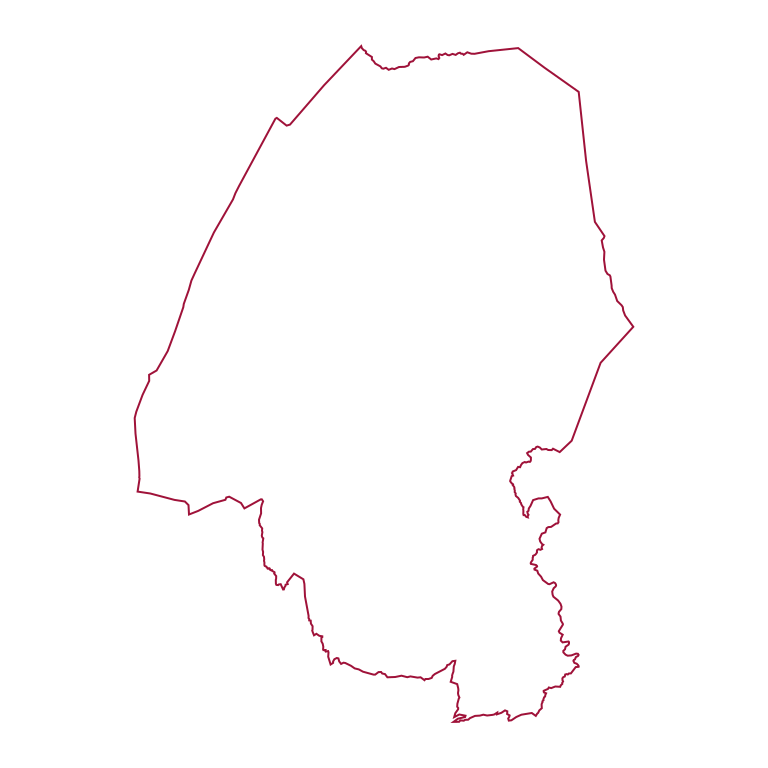 Nannestad nor, Akershus, Norway (orthographic projection)
{"feature_id": "86288312B57848423677588", "entity_name": "Nannestad nor", "entity_type": "district", "adm_level": 2, "iso_a3": "NOR", "parent_name": "Norway", "parent_adm1": "Akershus", "projection": "orthographic", "projection_center": [11.013, 60.226], "detail": "fine", "context": "isolated", "style": "outline", "palette": "rose", "viewbox_px": 768, "rotation_deg": 0, "n_neighbors": 0, "source": "geoboundaries", "source_scale": "gbopen_adm2", "svg_char_len": 6073}
<svg xmlns="http://www.w3.org/2000/svg" viewBox="0 0 768 768"><path d="M567.8,674.5L568.8,673.5L570.9,673.4L575.7,667.1L578.6,666.8L578.7,666.2L578.1,665.1L576.7,663.7L574.4,662.9L573.4,660.9L573.8,660.0L574.9,659.4L575.9,657.1L578.1,655.9L578.6,654.9L577.9,653.8L576.1,653.6L571.4,655.4L567.7,655.7L565.6,654.7L563.4,652.4L563.3,650.9L565.0,649.3L565.6,646.7L568.5,644.7L569.0,643.5L569.0,642.1L568.5,641.5L562.6,642.4L560.8,640.6L561.0,638.3L562.7,634.7L559.5,632.7L558.8,631.2L562.9,624.6L562.8,623.7L560.9,620.5L560.5,616.6L558.6,614.0L558.6,613.3L559.0,611.8L561.3,609.1L561.5,606.7L560.5,603.8L558.1,600.5L553.4,596.7L552.6,594.7L552.2,591.5L553.7,588.2L555.7,586.4L556.1,585.4L555.9,584.4L555.1,583.1L553.6,582.3L549.5,584.2L548.2,584.0L542.9,580.1L541.1,576.7L538.2,573.5L537.3,570.7L534.5,569.6L534.4,568.6L536.8,566.8L537.1,566.5L536.9,565.8L536.0,565.0L530.9,563.9L530.7,563.3L530.9,562.4L532.7,559.8L532.7,557.5L533.0,557.1L533.1,555.8L535.2,554.8L536.1,553.8L537.0,552.4L536.9,550.8L537.3,549.9L538.6,549.2L540.4,549.8L542.1,549.0L541.6,547.7L542.0,546.0L543.3,544.8L542.1,544.1L540.2,541.5L539.5,538.8L541.8,533.7L545.4,532.4L546.7,528.1L548.3,527.1L551.1,526.9L556.1,523.5L557.7,523.4L558.5,522.2L558.3,520.2L558.7,517.8L560.1,514.6L554.1,508.7L550.6,501.4L547.8,496.9L541.8,498.4L538.5,498.4L533.1,500.1L530.5,505.9L528.8,508.5L528.5,510.8L527.3,511.8L527.8,513.9L528.5,514.8L527.5,516.8L527.7,517.3L526.3,516.9L524.7,515.0L523.6,515.1L523.3,514.0L523.4,510.7L523.2,509.3L523.5,507.2L522.9,506.9L521.3,504.4L521.0,503.0L519.8,501.7L520.0,500.7L518.2,497.9L515.9,496.0L515.5,494.5L515.7,493.4L514.7,492.1L514.8,490.5L514.3,488.8L514.5,488.3L514.2,487.0L512.7,485.0L513.1,484.5L512.8,484.0L511.6,483.2L510.2,481.3L510.2,480.7L511.7,476.1L513.1,475.6L512.1,473.3L512.4,473.2L512.3,472.7L512.7,471.5L516.1,470.1L518.1,466.9L520.1,467.2L520.9,465.2L522.4,463.1L524.8,462.0L526.0,462.5L528.6,461.6L529.9,461.9L530.5,461.3L530.9,460.1L530.9,457.5L528.1,455.0L527.1,453.1L528.9,451.7L530.8,451.6L532.9,449.1L535.0,448.9L536.3,447.0L537.7,446.6L539.8,447.5L541.8,449.5L546.4,449.0L548.2,450.0L551.7,450.1L553.0,448.7L559.7,452.1L571.7,440.7L600.6,362.8L633.3,326.8L625.1,315.5L623.2,310.5L622.8,307.1L621.6,305.3L617.2,301.0L615.0,294.6L613.2,291.8L611.7,288.1L611.6,285.4L610.4,276.5L609.8,275.3L607.5,274.0L605.5,270.7L604.0,259.7L604.4,251.8L603.0,247.4L601.7,240.4L603.8,238.0L604.5,236.1L594.9,221.9L586.1,160.9L578.7,91.9L544.5,67.7L518.2,48.1L488.6,51.2L474.6,53.8L471.3,53.7L467.3,52.3L463.7,54.8L462.7,53.8L461.0,53.7L459.9,52.7L457.9,53.3L455.7,54.9L452.5,53.9L449.2,55.3L447.6,55.0L445.4,53.5L442.1,55.1L439.5,54.3L438.9,54.6L438.6,56.0L439.3,58.0L438.5,59.1L436.3,58.4L431.2,59.5L427.7,56.7L424.1,57.5L419.0,57.3L415.5,58.0L412.9,61.2L410.2,61.9L408.9,63.4L408.9,64.8L408.1,65.6L404.8,66.8L399.0,67.0L394.5,69.1L392.0,68.5L388.7,69.8L386.0,67.8L383.3,68.7L381.8,68.3L380.4,66.4L375.3,63.6L373.7,61.2L371.9,59.6L371.9,57.0L365.9,53.2L366.1,51.9L365.4,50.8L363.7,50.1L361.9,48.2L361.2,46.1L324.0,85.3L290.0,124.6L286.6,125.6L276.8,117.9L275.4,118.7L239.0,186.1L235.4,193.2L233.0,199.4L213.9,232.5L194.6,273.6L191.4,280.6L188.8,289.9L183.8,303.9L183.3,307.2L175.1,331.2L167.7,351.1L156.6,370.5L149.1,374.8L149.2,380.9L142.6,394.8L136.3,411.7L134.7,418.0L135.5,433.6L138.5,460.6L139.3,471.1L139.4,476.2L139.2,477.3L139.6,478.6L137.6,491.6L150.3,493.5L174.5,499.9L184.9,501.5L188.5,505.1L189.0,514.5L198.2,510.9L213.1,503.2L225.4,499.8L226.3,497.5L229.2,496.7L241.0,503.0L244.4,508.4L260.9,499.3L261.8,499.3L263.1,501.3L261.7,504.8L261.0,508.1L261.1,513.4L259.0,519.7L259.2,523.1L259.8,524.0L259.7,525.2L262.2,528.4L262.0,530.8L262.4,532.1L261.8,535.8L262.4,537.6L263.3,538.3L262.6,542.5L262.8,543.5L262.5,549.6L263.1,551.9L262.9,555.1L264.0,556.9L264.2,559.4L264.0,560.9L264.4,562.3L264.4,565.1L264.7,565.9L266.4,566.6L266.7,567.5L267.5,567.8L267.7,568.6L269.5,568.3L270.0,569.1L269.7,569.4L270.5,570.1L271.9,570.1L271.9,570.7L274.5,572.2L274.6,572.9L274.2,573.6L276.2,576.1L276.1,579.0L275.8,579.7L275.9,583.8L276.4,584.9L278.1,585.1L278.7,584.5L280.7,584.2L283.1,589.5L283.9,589.4L284.4,587.4L285.4,586.0L285.6,584.7L287.7,584.1L287.1,582.3L294.0,573.6L303.4,579.3L304.4,583.9L305.0,596.5L308.6,615.9L308.5,618.0L309.2,619.0L309.2,620.4L310.7,620.6L310.9,623.6L312.6,626.2L312.5,629.9L312.2,630.5L312.7,632.0L314.0,635.3L316.4,633.8L319.3,635.8L322.3,636.3L322.3,637.1L321.4,637.6L321.4,641.4L322.7,643.7L323.3,646.8L323.1,649.4L323.4,650.1L325.5,650.0L325.3,651.0L325.7,651.6L328.1,651.1L328.5,652.3L328.2,656.7L330.6,664.5L333.1,662.9L333.1,661.5L334.4,659.2L336.8,658.0L338.4,658.4L339.2,661.4L341.1,663.9L343.5,662.7L345.3,663.0L351.0,665.8L354.7,668.4L358.8,669.4L363.0,671.7L373.5,674.6L375.2,674.6L378.5,672.1L381.1,672.0L382.2,673.5L385.0,674.1L387.4,677.3L395.2,677.0L401.5,675.7L407.3,677.2L410.4,676.4L417.5,677.6L420.6,677.3L424.5,680.2L425.4,679.0L428.5,679.0L431.7,677.9L432.7,675.8L434.9,674.0L444.9,668.8L446.7,666.7L447.2,665.1L449.5,664.4L452.4,661.2L455.3,660.8L454.7,664.0L453.8,666.4L453.4,671.7L452.5,674.1L452.1,675.6L452.2,676.9L450.7,681.8L457.2,684.1L458.2,688.2L458.4,690.2L458.0,693.1L458.3,695.0L459.4,697.6L458.8,698.5L457.4,703.7L457.2,706.7L458.2,708.0L458.1,709.3L455.3,713.2L454.2,717.1L459.3,714.5L465.5,715.7L465.1,717.0L457.9,718.7L453.5,721.9L459.1,721.8L460.3,720.4L463.8,720.7L465.1,719.8L468.2,719.7L470.0,718.1L475.0,715.9L479.9,715.6L483.3,714.7L487.1,715.5L492.3,714.9L494.2,714.5L497.2,712.6L497.0,714.3L501.4,712.8L505.0,710.4L507.3,711.3L507.1,714.0L509.6,715.4L509.3,716.7L508.2,718.5L508.8,720.6L511.4,720.3L516.3,717.0L521.4,714.7L531.8,713.0L535.8,715.9L537.2,713.6L538.1,712.9L539.3,710.4L541.8,708.2L541.6,704.6L541.9,703.3L542.5,702.4L542.4,701.3L543.5,700.2L543.3,699.6L544.1,697.3L545.1,696.5L545.3,695.0L546.1,693.3L544.1,692.5L543.7,691.8L543.7,690.8L548.0,688.9L548.8,687.5L551.2,688.1L555.3,686.5L560.2,686.8L560.7,685.4L562.3,683.9L562.2,682.9L563.1,681.4L562.5,680.3L562.4,678.3L563.3,677.1L564.8,676.5L565.2,674.5L566.7,674.1L567.8,674.5Z" fill="none" stroke="#9f1239" stroke-width="2"/></svg>